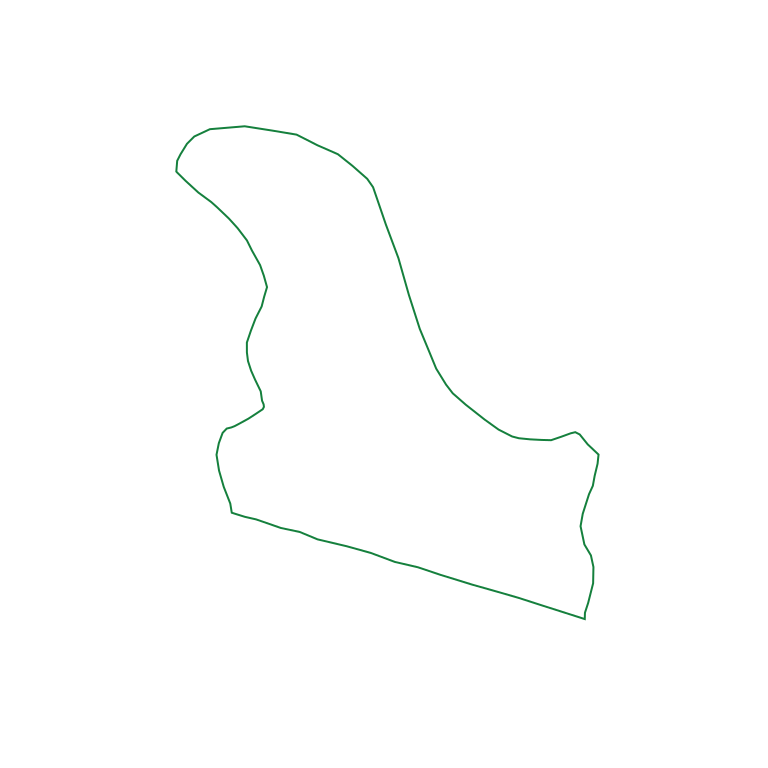 Al-Faw, Al-Basrah, Iraq (Albers equal-area conic projection), rotated 207°
{"feature_id": "34846034B64994125853328", "entity_name": "Al-Faw", "entity_type": "district", "adm_level": 2, "iso_a3": "IRQ", "parent_name": "Iraq", "parent_adm1": "Al-Basrah", "projection": "albers", "projection_center": [48.282, 30.044], "detail": "fine", "context": "isolated", "style": "outline", "palette": "green", "viewbox_px": 768, "rotation_deg": 207, "n_neighbors": 0, "source": "geoboundaries", "source_scale": "gbopen_adm2", "svg_char_len": 1448}
<svg xmlns="http://www.w3.org/2000/svg" viewBox="0 0 768 768"><g transform="rotate(207 384 384)"><path d="M98.4,265.7L101.1,271.4L102.7,281.6L107.2,301.4L114.3,316.0L121.8,325.2L132.6,332.0L144.3,346.5L148.0,358.6L151.3,378.9L151.7,388.1L154.6,397.8L157.5,409.9L160.8,418.5L175.1,422.7L186.7,427.9L191.7,427.9L195.3,424.8L202.0,417.6L209.6,409.8L218.2,405.7L228.5,401.1L239.2,396.9L246.0,395.4L261.2,395.4L278.2,398.0L301.9,402.7L318.5,406.9L328.4,411.6L344.5,421.4L358.0,433.0L377.2,449.4L402.3,474.7L428.3,502.7L454.8,527.0L474.5,546.1L483.1,554.4L492.1,559.2L511.3,564.1L529.4,567.8L551.7,566.5L575.1,566.5L598.5,559.1L625.1,550.4L654.8,532.0L665.4,518.4L668.6,508.6L669.6,496.3L669.6,489.0L665.5,479.0L664.2,478.5L652.9,474.9L636.3,470.3L620.6,467.7L613.0,465.7L597.3,461.0L585.2,456.4L571.3,449.7L562.3,443.0L548.4,433.7L542.2,427.8L540.3,426.0L532.2,417.2L530.4,407.4L528.2,397.5L528.2,384.1L526.8,371.1L525.0,358.7L520.5,349.9L515.6,342.7L508.4,335.5L500.8,329.3L490.5,321.5L485.1,313.8L482.0,311.2L480.6,309.1L480.6,306.5L484.6,299.3L489.1,291.5L495.8,281.7L498.0,278.6L500.3,276.0L503.9,272.9L505.6,267.2L504.3,256.3L501.1,244.9L491.7,232.0L480.1,219.6L466.7,207.7L461.8,201.0L461.2,200.2L456.3,201.0L447.6,202.5L436.5,205.3L410.5,208.9L391.9,213.9L372.7,215.4L343.6,222.5L318.9,227.5L293.5,230.4L270.6,236.1L247.0,239.6L214.2,245.3L189.5,250.2L167.2,254.5L141.1,258.7L98.4,265.7Z" fill="none" stroke="#15803d" stroke-width="2"/></g></svg>